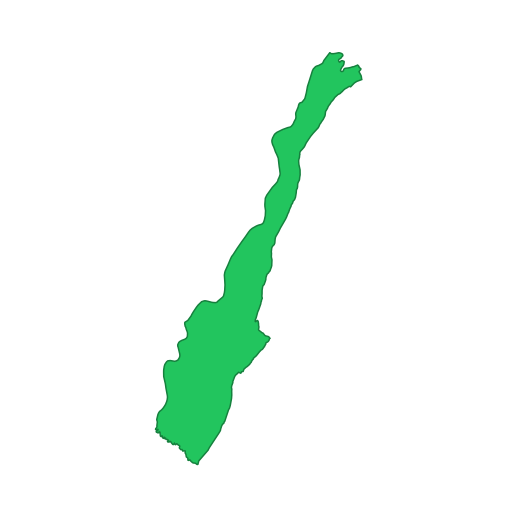 Suaréz, Tolima, Colombia (Natural Earth projection), rotated 12°
{"feature_id": "7082276B98647828485623", "entity_name": "Suaréz", "entity_type": "district", "adm_level": 2, "iso_a3": "COL", "parent_name": "Colombia", "parent_adm1": "Tolima", "projection": "natural_earth1", "projection_center": [-74.802, 4.081], "detail": "fine", "context": "isolated", "style": "filled", "palette": "green", "viewbox_px": 512, "rotation_deg": 12, "n_neighbors": 0, "source": "geoboundaries", "source_scale": "gbopen_adm2", "svg_char_len": 6067}
<svg xmlns="http://www.w3.org/2000/svg" viewBox="0 0 512 512"><g transform="rotate(12 256 256)"><path d="M285.9,41.3L285.9,41.8L281.8,50.5L281.2,53.2L280.5,54.2L277.8,56.5L275.7,57.7L274.8,58.5L273.2,61.1L272.7,63.0L271.6,74.7L271.1,79.3L271.3,86.0L271.1,91.1L270.9,92.3L269.0,96.1L267.2,97.1L266.8,97.6L266.5,98.3L266.3,99.5L266.3,101.4L265.3,106.9L265.2,107.7L265.3,108.8L266.2,111.7L266.3,113.6L265.4,116.5L265.1,118.1L264.7,119.6L263.5,121.9L262.7,122.7L260.2,123.9L255.8,126.7L250.7,130.7L249.3,132.4L248.7,133.5L247.7,137.1L247.5,139.5L247.9,141.2L249.1,143.6L250.8,145.8L253.4,150.1L255.2,152.4L257.4,155.6L260.1,163.7L261.0,166.1L262.5,170.4L262.6,171.8L262.3,174.1L261.7,176.7L261.7,177.8L261.4,179.0L260.3,181.2L257.7,185.5L253.9,194.2L253.1,197.5L253.9,203.5L254.4,205.6L255.9,209.7L256.7,214.7L256.7,219.2L256.4,221.4L256.1,222.3L255.5,223.2L254.4,224.1L252.0,225.3L250.1,226.6L246.6,229.7L244.9,231.9L243.7,234.3L241.6,239.4L239.1,245.0L236.1,252.2L233.4,259.3L232.3,261.6L231.7,264.0L230.5,270.3L229.0,277.1L228.9,278.6L229.0,281.2L230.9,287.8L231.7,290.8L232.5,295.8L232.7,298.4L232.6,300.8L232.5,302.0L232.0,303.1L228.1,308.1L227.6,309.1L226.3,310.0L223.7,310.4L222.3,310.5L218.6,310.3L216.1,310.3L214.7,310.6L212.3,312.0L209.6,316.0L208.4,318.5L206.5,323.2L205.3,326.7L205.0,328.1L202.7,333.2L200.2,335.7L200.4,337.2L201.3,339.4L202.2,340.5L203.1,342.3L204.5,344.4L205.1,345.8L205.6,349.1L204.9,351.0L203.7,352.2L200.9,354.0L199.3,355.4L198.5,356.5L198.1,358.1L197.9,359.2L198.2,360.4L198.9,361.6L201.7,367.5L202.2,369.0L202.3,370.2L202.2,371.4L201.8,372.5L201.3,373.9L200.0,375.1L198.4,375.9L193.8,376.1L191.5,376.9L190.6,378.0L190.0,379.4L189.4,381.0L189.2,383.0L189.4,386.7L189.8,388.8L190.8,393.1L193.9,399.8L195.5,404.2L198.4,411.2L198.8,412.7L199.0,414.9L198.9,416.9L198.4,419.9L197.7,421.9L196.7,424.3L195.6,426.2L194.0,428.1L193.3,430.0L193.0,431.7L192.9,436.5L193.3,437.5L194.0,438.8L194.3,442.4L194.6,443.2L194.4,444.6L193.8,445.7L193.8,446.2L193.9,446.6L194.3,446.7L194.9,446.6L196.0,445.9L196.2,446.0L196.3,446.4L196.1,446.9L195.0,448.1L194.9,448.6L195.2,449.0L196.8,449.4L197.6,449.1L197.9,448.1L198.4,448.1L198.8,448.5L199.8,451.7L200.0,452.0L200.8,452.4L201.0,452.2L201.2,451.6L201.8,451.6L202.4,452.9L202.9,453.5L203.3,453.6L203.5,453.4L203.9,452.5L204.2,452.4L204.4,452.6L204.6,453.5L204.9,453.7L205.3,453.7L205.6,453.3L205.9,453.8L206.3,454.1L207.6,453.9L208.6,454.5L208.9,454.9L208.8,455.1L208.3,455.2L208.0,455.5L208.0,455.8L208.4,456.2L209.5,456.1L211.0,455.2L211.2,455.3L211.7,456.0L213.7,457.6L214.4,457.6L214.7,457.4L215.1,456.2L216.3,457.3L216.7,457.2L216.9,456.9L217.3,456.2L217.6,456.1L218.9,456.9L220.7,457.5L221.0,458.0L220.9,459.5L221.1,459.9L222.7,461.0L223.0,461.1L223.8,460.7L224.4,461.2L225.0,462.0L226.6,461.4L227.2,461.4L227.4,461.7L227.6,463.3L228.2,464.1L228.6,464.4L229.6,467.0L230.6,467.5L231.4,468.0L231.7,469.4L232.0,469.9L232.8,469.9L233.4,469.2L233.7,469.2L234.0,469.4L235.2,470.4L236.9,471.3L237.5,471.5L239.5,471.3L240.5,471.6L241.4,472.1L242.1,472.1L242.5,471.8L242.6,468.9L242.7,468.2L249.2,456.4L249.6,455.6L249.8,454.5L250.4,452.6L256.5,437.0L257.3,434.7L257.5,433.7L257.4,432.6L257.8,428.9L258.5,427.2L259.3,426.2L259.4,424.8L259.8,424.2L261.1,412.3L261.7,410.3L261.9,407.6L261.7,400.6L261.2,397.0L260.3,393.2L260.0,391.2L259.4,390.0L259.3,389.2L259.2,388.1L259.7,384.7L259.4,383.8L260.2,378.4L260.8,376.8L262.3,374.8L263.1,373.4L265.4,373.8L265.7,373.4L265.9,372.3L267.4,371.6L267.7,369.3L269.3,367.0L270.4,365.9L272.3,363.3L272.7,362.1L273.4,361.0L273.8,359.0L274.8,357.3L274.8,356.5L277.0,353.6L279.6,348.4L279.9,348.1L280.5,347.0L281.5,346.1L282.0,345.3L282.8,343.3L283.2,342.9L283.1,342.3L283.8,340.5L283.8,339.3L283.9,338.8L284.2,338.4L285.2,337.7L285.8,336.8L286.2,335.9L286.4,334.2L286.8,333.6L285.6,332.6L284.7,332.2L281.8,332.1L281.0,331.7L279.0,330.0L277.5,329.7L277.1,329.4L274.2,328.0L273.8,327.5L273.7,326.9L273.7,325.5L273.4,324.2L273.0,323.5L272.6,321.8L271.8,319.7L271.1,318.9L270.6,318.8L269.2,320.3L268.9,320.2L268.7,319.3L268.6,318.3L269.0,316.5L269.3,310.4L269.8,308.1L270.6,302.0L270.5,300.1L270.7,299.0L270.6,297.7L270.9,296.5L270.9,296.0L270.1,294.1L269.8,291.8L269.1,288.3L268.9,284.7L269.1,283.4L269.7,282.6L269.9,282.1L270.4,278.5L270.5,277.1L270.2,275.1L270.5,271.9L270.9,271.0L271.7,270.0L272.2,268.6L272.8,267.7L273.0,265.7L273.3,264.0L273.4,262.2L272.4,256.4L271.2,253.7L270.6,250.1L270.1,248.7L269.7,244.5L270.4,242.6L271.4,241.1L271.7,239.4L271.2,235.5L271.2,233.3L273.1,227.4L274.0,223.7L277.2,213.9L277.8,211.5L278.4,207.7L278.8,206.6L279.2,203.0L279.9,200.2L279.9,198.8L280.8,196.6L280.9,194.8L282.0,192.8L282.2,191.5L282.4,190.4L282.2,185.9L281.8,182.8L282.3,181.3L282.3,180.1L282.2,179.1L281.9,177.8L281.8,176.1L282.1,174.6L282.6,172.8L282.6,171.8L282.4,169.9L282.3,167.5L281.2,162.6L278.9,157.5L278.0,154.4L277.8,153.1L278.0,150.5L277.7,148.1L277.8,147.5L277.5,146.9L277.4,145.2L277.9,143.9L279.3,141.6L280.6,139.1L281.6,134.9L284.5,127.7L286.4,124.0L290.2,117.6L290.8,115.4L290.9,114.3L291.2,113.5L291.8,112.3L292.0,111.5L293.4,108.2L294.0,105.8L294.3,104.7L294.3,103.5L294.0,100.2L295.2,96.7L295.5,94.8L296.2,93.1L296.9,91.7L297.4,90.0L299.1,87.1L300.1,84.5L302.7,80.9L304.0,80.0L304.7,79.3L305.6,77.8L306.0,77.5L307.2,75.4L308.6,73.7L310.0,72.6L311.6,70.9L312.0,70.7L313.4,70.8L316.1,66.5L316.9,65.6L318.4,64.2L322.8,61.4L322.2,60.0L321.9,59.0L321.2,57.6L318.5,54.4L318.7,54.2L318.8,53.3L319.7,51.9L319.6,51.0L317.8,50.1L317.1,49.3L317.2,49.1L316.3,48.4L315.7,48.4L315.6,48.2L312.4,50.4L310.9,51.0L309.4,51.9L307.4,52.8L304.1,53.9L303.6,54.3L303.1,55.1L302.9,56.8L301.9,57.7L301.1,57.8L300.3,57.3L300.1,56.9L300.1,56.0L300.8,53.4L301.6,52.0L302.0,50.7L302.0,48.7L301.8,47.5L301.6,47.3L300.4,47.1L299.8,47.0L299.1,47.2L298.6,47.6L297.6,49.0L297.2,48.9L296.8,48.7L296.3,48.0L296.1,47.4L296.1,46.8L296.3,46.4L297.9,44.9L298.6,43.2L299.1,42.5L299.3,42.0L299.2,41.7L298.8,40.8L298.5,40.5L297.0,40.0L295.5,39.9L294.6,40.0L291.6,41.3L289.7,42.0L288.0,42.4L287.0,42.3L286.5,42.1L286.1,41.8L285.9,41.3Z" fill="#22c55e" stroke="#15803d" stroke-width="1.5"/></g></svg>